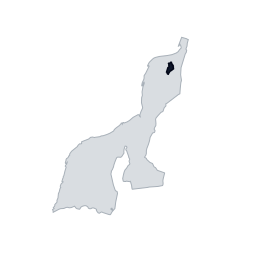 Guija, Gaza, Mozambique (highlighted), rotated 197°
{"feature_id": "85939544B1211152631593", "entity_name": "Guija", "entity_type": "district", "adm_level": 2, "iso_a3": "MOZ", "parent_name": "Mozambique", "parent_adm1": "Gaza", "projection": "equal_earth", "projection_center": [33.226, -24.142], "detail": "fine", "context": "in_parent", "style": "filled", "palette": "ink", "viewbox_px": 256, "rotation_deg": 197, "n_neighbors": 0, "source": "geoboundaries", "source_scale": "gbopen_adm2", "svg_char_len": 4920}
<svg xmlns="http://www.w3.org/2000/svg" viewBox="0 0 256 256"><g transform="rotate(197 128 128)"><path d="M88.4,175.9L89.7,174.6L98.3,162.6L98.9,162.2L98.2,160.2L99.3,157.9L99.4,154.3L99.8,153.7L101.1,152.5L102.9,148.7L104.1,145.8L104.2,144.5L102.6,140.5L102.1,138.4L102.6,136.6L102.7,134.9L102.5,134.3L101.5,133.6L101.3,132.8L101.3,131.9L101.5,131.4L102.8,130.6L103.1,130.1L104.1,125.5L103.7,122.1L103.7,118.1L104.0,113.9L103.8,111.6L103.0,108.9L103.0,107.0L103.5,105.6L103.6,104.8L101.7,104.4L100.7,103.3L97.0,101.5L94.2,101.2L91.8,98.5L90.0,98.1L87.6,96.1L80.1,95.8L79.8,95.6L79.5,89.6L79.2,87.6L78.3,85.5L78.0,84.0L78.1,83.1L82.2,80.9L90.3,77.8L92.1,76.8L106.0,70.7L106.4,71.1L107.8,74.2L110.1,77.7L110.7,77.2L114.0,76.7L114.5,76.2L115.5,75.9L116.7,75.7L117.1,75.9L118.3,78.1L118.7,82.2L118.8,85.0L118.6,87.0L117.6,89.2L116.9,92.1L115.8,93.7L115.8,94.4L117.0,96.1L117.3,96.8L117.2,98.3L117.4,98.9L118.5,99.9L119.3,101.3L122.3,105.4L123.0,106.2L123.6,106.3L123.9,107.2L123.7,108.1L123.3,108.7L123.5,109.4L124.0,110.0L125.4,109.9L125.6,109.7L125.5,106.0L125.0,103.9L124.5,102.9L125.6,99.0L126.3,97.9L128.5,97.4L129.6,97.0L130.0,96.6L130.3,95.3L130.6,91.8L130.7,88.5L130.5,86.6L130.8,83.6L131.4,81.8L131.1,81.5L130.9,79.0L125.3,69.2L122.1,64.8L121.6,64.4L119.8,64.0L118.9,62.4L118.1,53.6L117.0,47.2L118.8,43.0L119.4,40.2L119.8,39.8L121.4,39.7L127.0,39.8L128.4,40.0L129.0,39.8L130.5,38.1L131.7,38.1L133.3,39.2L134.2,40.1L134.3,40.9L135.4,41.3L137.4,41.5L138.9,41.1L139.8,40.1L140.8,39.6L141.8,39.6L142.6,39.9L143.1,40.6L144.1,41.1L145.5,41.4L147.1,40.9L148.9,39.7L149.9,38.5L150.4,36.4L150.7,36.1L153.2,35.9L154.5,36.3L156.2,37.6L159.0,35.3L160.9,34.5L162.6,34.5L164.0,33.9L165.2,32.8L166.3,32.1L168.8,31.2L170.4,30.0L174.9,25.5L175.4,26.8L176.3,28.0L175.1,29.3L176.2,30.2L175.4,31.4L175.3,32.3L175.6,33.2L175.1,34.6L174.4,35.7L174.3,36.6L174.8,38.1L174.5,40.7L175.4,45.1L175.1,46.6L175.3,50.1L174.9,51.4L175.5,51.8L175.8,53.2L175.5,55.6L174.5,56.6L174.4,57.6L175.6,57.6L175.6,60.7L175.4,61.6L175.7,62.6L175.4,63.7L175.7,68.6L175.7,72.1L175.8,72.6L176.9,73.2L176.8,74.2L176.1,75.5L176.1,77.3L176.9,75.9L177.4,75.9L177.8,76.4L177.8,78.6L178.0,79.6L177.9,80.6L176.6,82.3L176.5,84.0L176.0,84.2L175.8,84.7L176.1,85.6L176.1,86.5L175.2,89.2L170.9,95.6L170.8,96.7L169.7,98.7L168.5,99.0L167.8,99.5L168.3,101.3L162.6,105.8L162.1,106.4L161.1,108.1L159.2,109.0L157.2,109.1L156.9,109.4L152.3,111.5L151.4,112.5L149.4,113.4L146.3,115.6L143.8,117.7L140.9,120.9L140.6,122.6L139.2,124.9L137.2,127.5L136.0,129.7L135.9,130.7L135.2,131.0L134.6,130.0L134.3,131.8L133.8,131.9L133.3,131.6L130.7,133.5L128.8,135.6L126.2,139.7L122.3,143.7L121.4,143.8L120.1,142.4L119.5,142.3L120.5,143.8L120.4,147.2L119.9,151.1L120.0,151.9L122.5,156.1L123.8,160.9L123.8,163.4L125.1,166.6L125.7,171.4L125.5,175.8L126.1,176.5L126.4,175.9L126.5,173.1L126.8,172.3L127.2,172.4L127.5,174.0L127.6,175.6L127.1,179.0L127.2,180.4L127.9,182.8L127.1,185.5L125.9,193.1L126.2,193.6L126.8,193.7L127.0,192.9L127.3,192.9L127.5,193.4L127.0,196.4L126.5,197.7L124.8,200.8L123.9,202.2L122.4,203.5L118.9,205.6L111.8,208.7L107.4,211.0L103.8,213.8L102.3,215.7L101.7,217.8L100.5,220.1L101.5,222.0L102.8,223.3L103.4,221.1L103.8,221.0L103.2,230.4L98.3,230.5L96.9,230.2L96.2,230.2L96.1,226.4L95.5,223.5L95.7,221.4L95.6,220.3L94.6,219.5L94.4,217.3L94.9,215.5L94.9,201.2L93.2,194.2L90.8,189.2L90.7,186.7L89.6,181.1L88.4,175.9ZM120.0,46.6L120.6,46.2L120.7,45.5L120.3,45.1L120.0,45.2L119.8,46.4L120.0,46.6ZM119.6,45.3L119.2,44.7L118.8,44.9L118.7,45.3L119.1,45.9L119.5,45.9L119.6,45.3Z" fill="#d9dde1" stroke="#a8b0b8" stroke-width="1"/><path d="M107.5,192.9L107.4,192.9L107.4,193.0L107.4,192.9L107.2,192.8L107.2,192.7L106.9,192.5L106.9,192.4L106.8,192.2L106.7,192.2L106.5,191.9L106.4,191.9L106.3,191.7L106.2,191.7L105.9,191.5L105.9,191.4L105.7,191.4L105.6,191.2L105.4,191.2L105.3,191.3L105.2,191.2L105.3,191.3L105.2,191.3L105.2,191.5L105.1,191.8L105.2,192.0L105.1,192.3L104.6,193.9L104.2,195.0L104.1,194.9L103.4,195.6L103.2,195.9L102.4,197.0L101.8,197.9L101.9,198.0L102.0,198.2L102.0,198.3L102.1,198.5L102.2,198.8L102.3,198.8L102.4,199.0L102.5,199.1L102.5,199.3L102.7,199.5L102.8,199.8L102.7,199.9L102.8,200.0L102.9,200.3L103.0,200.4L103.0,200.5L103.1,200.8L103.1,201.0L103.3,201.2L103.5,201.2L103.8,201.0L103.9,201.3L104.0,201.3L104.1,201.5L104.3,201.8L104.5,201.9L104.6,202.0L104.7,202.3L104.8,202.5L104.8,202.4L105.0,202.3L105.1,202.5L105.3,202.7L105.3,202.8L105.4,203.0L105.5,203.1L105.6,203.3L105.7,203.2L105.8,203.3L106.0,203.4L106.3,203.3L106.4,203.2L106.5,203.2L106.6,202.9L106.7,202.7L106.7,202.4L106.8,202.3L106.9,202.2L107.0,202.2L107.3,202.0L107.4,201.9L107.5,201.9L107.7,201.7L108.1,201.7L108.1,201.4L107.9,201.3L107.7,201.2L107.5,200.9L107.5,200.7L107.4,200.5L107.4,200.4L107.4,200.2L107.3,199.9L107.2,199.9L107.2,199.7L107.0,199.4L106.9,199.4L106.8,199.2L106.7,199.0L106.6,198.9L106.6,198.7L107.5,197.4L107.5,192.9Z" fill="#0f172a" stroke="#020617" stroke-width="1.5"/></g></svg>